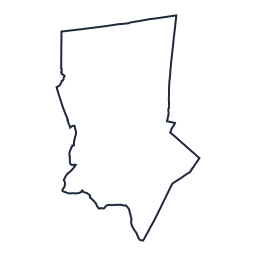 Nong Chok, Bangkok Metropolis, Thailand
{"feature_id": "78962969B63126335713570", "entity_name": "Nong Chok", "entity_type": "district", "adm_level": 2, "iso_a3": "THA", "parent_name": "Thailand", "parent_adm1": "Bangkok Metropolis", "projection": "robinson", "projection_center": [100.852, 13.842], "detail": "fine", "context": "isolated", "style": "outline", "palette": "slate", "viewbox_px": 256, "rotation_deg": 0, "n_neighbors": 0, "source": "geoboundaries", "source_scale": "gbopen_adm2", "svg_char_len": 5610}
<svg xmlns="http://www.w3.org/2000/svg" viewBox="0 0 256 256"><path d="M176.2,15.4L167.5,16.7L159.4,17.9L148.6,19.3L138.2,21.2L130.5,22.4L128.3,23.3L121.6,24.0L119.8,24.0L106.0,26.1L104.8,26.2L102.9,26.5L101.8,26.6L98.4,27.1L94.6,27.5L93.8,27.7L89.3,28.2L87.3,28.5L84.5,28.8L83.0,29.1L82.1,29.2L81.8,29.2L77.8,29.6L62.9,31.4L61.5,31.5L61.4,35.2L61.5,36.2L61.4,38.7L61.4,39.2L61.4,43.5L61.3,45.2L61.3,50.7L61.3,54.3L61.2,57.8L61.3,61.5L61.2,62.7L61.2,64.0L61.1,68.3L61.2,68.5L61.6,68.6L61.7,70.4L61.7,72.3L61.2,72.2L61.2,72.6L61.4,73.1L61.5,73.5L62.2,74.2L62.9,74.6L63.4,75.0L64.4,75.5L64.6,75.8L64.4,76.5L63.9,77.3L63.7,77.5L63.5,79.2L63.5,79.4L63.3,79.7L63.0,80.3L62.7,80.5L62.1,80.7L61.8,80.8L61.6,81.0L61.4,82.5L61.2,82.9L60.8,83.4L59.9,85.1L59.1,85.9L58.3,86.1L58.2,86.2L58.0,86.4L57.7,86.8L57.4,87.0L57.0,87.0L56.6,87.2L56.8,88.2L57.3,89.8L62.5,106.2L64.5,111.5L67.1,118.1L67.3,118.5L67.6,119.2L67.7,119.4L67.9,120.1L67.5,120.3L68.0,121.3L68.2,122.3L68.3,122.9L68.7,123.7L69.3,124.9L70.2,127.6L71.2,126.6L71.8,126.3L73.8,125.7L74.1,125.7L74.6,125.9L75.1,128.5L75.8,131.0L76.0,132.3L76.0,133.5L76.0,133.9L75.9,134.3L75.6,135.2L75.4,136.0L75.0,137.0L74.9,138.2L74.1,140.9L74.0,141.3L74.0,141.9L74.0,142.7L73.8,144.2L73.9,144.5L74.0,145.4L73.6,145.5L72.4,145.5L72.2,145.6L72.1,145.9L71.9,146.6L71.7,147.1L71.1,148.1L70.7,149.4L70.4,150.0L69.9,151.1L69.8,151.5L69.3,154.7L69.3,155.1L69.8,155.8L69.9,156.1L69.7,157.1L69.9,158.3L69.9,158.8L69.9,159.9L69.8,161.2L70.0,162.8L70.0,163.1L70.1,163.3L70.9,164.3L71.4,164.8L71.8,164.9L72.0,165.0L73.5,164.9L74.8,164.6L75.4,164.7L75.8,164.9L75.4,165.4L75.0,166.1L74.2,167.1L72.9,168.8L71.7,170.0L70.4,171.4L70.1,171.7L68.6,172.8L68.3,173.0L68.1,173.0L67.8,173.4L67.3,174.1L66.8,174.6L66.5,175.0L66.0,175.7L65.4,176.7L64.8,178.1L64.0,179.5L63.9,179.7L63.8,180.1L64.3,181.1L64.7,181.9L64.9,182.3L65.0,182.9L65.0,183.2L64.8,184.6L64.8,185.1L64.8,185.8L64.6,186.2L64.3,187.0L64.0,187.5L63.1,188.6L62.9,189.0L62.4,190.0L62.4,190.3L62.4,190.7L62.5,190.8L62.7,191.0L63.0,191.2L64.3,191.9L64.9,192.1L67.3,192.8L67.9,193.1L68.3,193.1L69.2,193.4L69.8,193.4L72.4,193.2L73.8,193.3L75.0,193.3L75.8,193.4L76.8,193.4L77.9,193.2L79.1,192.9L80.7,192.3L81.0,192.2L81.6,191.1L81.9,190.8L82.4,190.5L82.7,191.1L83.0,191.6L83.3,191.9L84.2,192.3L85.2,192.6L85.9,192.7L87.0,193.1L88.9,194.5L90.0,195.4L90.1,195.6L90.0,196.1L90.0,197.2L89.9,197.5L90.2,197.8L90.7,198.2L91.1,198.3L91.4,198.6L92.4,199.7L92.7,199.9L92.9,200.1L93.5,200.6L94.2,201.4L94.7,202.0L95.4,202.9L95.8,203.3L96.1,203.6L96.6,205.2L96.9,206.1L97.4,206.6L98.1,207.3L98.3,207.8L98.5,208.0L98.6,208.3L98.9,208.6L99.0,208.7L99.4,208.6L100.1,208.3L101.3,208.1L101.8,208.2L102.4,208.3L103.6,208.5L103.9,208.5L104.2,208.3L104.9,207.3L106.0,206.0L107.5,205.2L108.2,205.0L108.8,204.9L109.8,204.9L110.4,204.9L112.0,205.2L112.8,205.1L114.1,204.9L114.3,205.0L115.3,204.9L117.5,204.9L118.2,204.8L121.1,204.8L121.8,204.9L122.3,205.0L122.8,205.3L123.5,205.5L124.7,205.5L125.9,205.4L126.1,205.6L126.6,206.1L127.1,206.6L127.4,207.1L127.7,207.5L128.7,208.6L128.9,209.1L129.6,211.2L129.8,212.0L129.8,212.8L129.9,213.1L130.2,214.1L130.6,214.9L130.6,215.3L130.6,215.5L130.6,215.9L130.7,216.2L130.7,216.5L131.0,217.3L131.2,217.9L131.4,218.5L131.5,219.2L131.4,219.9L131.3,220.6L131.2,221.4L131.1,221.8L131.2,222.9L131.3,223.4L131.4,223.7L131.3,223.9L131.5,224.5L131.9,225.6L133.0,227.9L133.8,229.1L133.9,229.5L135.8,232.1L136.4,232.8L137.4,235.6L137.6,235.7L137.7,235.8L137.9,236.2L138.1,236.6L138.4,237.9L138.7,238.4L139.1,239.1L139.5,239.5L139.8,239.8L140.0,239.9L140.7,240.2L141.8,240.4L142.4,240.5L143.0,240.6L143.8,239.3L144.3,238.6L145.0,237.2L145.6,236.0L145.9,235.5L147.7,232.4L147.8,232.0L148.3,231.3L150.0,228.1L151.2,225.7L151.9,224.7L152.2,224.0L152.9,222.8L153.1,222.4L154.0,220.9L154.0,220.7L154.3,220.3L156.2,216.4L156.9,215.1L157.3,214.3L158.1,212.6L158.7,211.5L159.2,210.3L159.9,209.1L161.1,206.7L161.4,206.0L161.6,205.4L161.9,204.8L162.4,203.8L163.0,202.6L163.7,201.1L164.1,200.4L164.6,199.4L165.5,197.8L165.6,197.3L168.1,192.2L168.8,190.7L170.3,187.6L171.1,186.1L171.5,185.4L172.3,183.8L172.9,183.3L173.1,183.1L174.6,182.2L177.4,180.3L178.3,179.9L178.9,179.4L182.7,176.9L184.2,175.7L185.5,174.9L186.3,174.3L189.8,172.2L190.4,171.6L190.6,171.2L190.9,170.5L191.3,170.0L192.1,168.7L192.2,168.8L192.8,167.8L198.0,160.2L199.4,158.2L197.5,156.5L196.7,155.8L195.8,154.9L195.4,154.5L193.9,153.2L191.8,151.4L190.9,150.7L190.0,149.8L189.4,149.3L189.1,149.1L188.5,148.5L188.1,148.2L187.4,147.6L187.0,147.2L186.4,146.7L185.9,146.3L184.7,145.1L182.1,142.9L181.8,142.7L181.1,142.0L177.8,139.1L177.5,138.8L176.8,138.2L176.2,137.6L173.4,135.2L172.9,134.8L171.8,133.8L171.6,133.7L171.3,133.5L170.8,133.0L170.2,132.4L170.3,132.2L170.5,131.9L170.7,131.5L170.8,131.0L171.0,130.6L171.3,129.4L172.0,128.0L172.5,127.2L172.8,126.8L173.9,125.3L174.2,124.5L174.9,123.3L175.0,123.0L172.4,122.4L167.0,121.3L167.4,119.6L168.5,114.6L168.6,113.9L168.3,109.2L168.8,108.3L168.9,108.2L168.9,107.9L168.9,105.1L169.0,104.0L169.0,102.1L169.0,101.8L168.9,101.0L168.9,100.0L168.8,99.8L168.9,98.4L169.0,91.2L169.0,90.3L169.1,87.5L169.1,85.9L169.4,81.5L169.5,80.2L169.7,79.4L170.4,70.8L170.5,68.8L170.9,66.1L171.0,63.3L171.4,59.9L171.6,58.5L172.0,54.8L172.1,53.4L172.6,49.2L172.9,47.0L172.9,46.5L173.0,45.4L173.1,44.6L173.2,43.6L173.4,42.4L173.6,39.9L173.7,38.9L173.7,38.7L173.8,38.4L173.8,37.5L173.9,37.0L173.9,36.8L173.9,36.6L174.1,36.0L174.1,35.6L174.1,35.3L174.2,34.6L174.2,34.4L174.3,33.3L174.4,32.0L174.5,31.3L174.7,30.6L174.9,28.5L175.1,27.1L175.2,25.3L175.6,21.9L175.6,21.5L175.7,21.3L176.2,16.5L176.2,15.4Z" fill="none" stroke="#1e293b" stroke-width="2"/></svg>